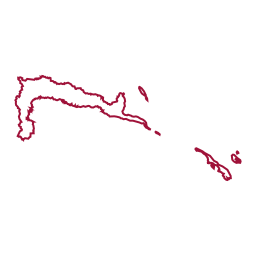 Halmahera Tengah, Maluku Utara, Indonesia (Mercator projection)
{"feature_id": "22746128B46636453933041", "entity_name": "Halmahera Tengah", "entity_type": "district", "adm_level": 2, "iso_a3": "IDN", "parent_name": "Indonesia", "parent_adm1": "Maluku Utara", "projection": "mercator", "projection_center": [128.383, 0.221], "detail": "fine", "context": "isolated", "style": "outline", "palette": "rose", "viewbox_px": 256, "rotation_deg": 0, "n_neighbors": 0, "source": "geoboundaries", "source_scale": "gbopen_adm2", "svg_char_len": 5705}
<svg xmlns="http://www.w3.org/2000/svg" viewBox="0 0 256 256"><path d="M33.6,133.3L33.3,132.2L33.6,132.1L33.6,130.5L33.3,130.3L33.9,128.7L33.3,125.3L32.8,124.8L32.6,125.0L33.1,123.4L32.8,121.9L33.5,121.8L31.1,120.5L29.6,120.3L28.7,119.3L28.5,118.4L28.1,118.4L28.1,119.2L28.5,119.4L28.1,119.9L27.8,119.1L26.6,119.1L26.6,118.5L27.2,119.0L27.7,118.9L27.6,118.6L28.0,118.7L27.4,118.3L27.7,117.9L27.3,117.5L28.0,117.0L27.8,116.5L28.9,114.3L28.6,112.2L29.1,112.8L29.1,111.7L30.2,111.7L29.8,111.5L29.4,111.0L29.4,110.8L29.7,110.5L29.6,111.0L30.0,111.3L30.3,111.2L29.9,110.9L29.9,110.7L30.4,111.0L30.1,110.4L30.6,110.9L31.4,110.6L31.3,111.2L31.8,110.9L31.3,110.2L31.7,110.1L31.6,109.7L30.7,109.4L30.8,109.0L31.3,109.0L30.6,108.8L30.5,108.5L31.2,108.7L30.7,108.2L31.5,108.4L31.8,107.3L32.2,107.3L32.1,106.6L32.5,106.6L31.8,105.4L32.0,104.8L31.1,103.4L31.4,102.4L33.0,100.1L34.2,99.6L34.5,98.9L35.2,99.1L35.7,98.5L37.7,98.6L39.2,96.9L39.6,97.1L40.2,96.7L40.3,98.2L41.3,97.2L41.9,97.7L43.8,97.7L44.6,98.1L45.6,97.6L46.2,98.0L47.7,97.3L50.6,98.4L52.4,97.4L53.6,99.4L55.0,99.3L56.2,100.1L57.4,100.2L59.7,99.1L61.6,99.9L61.8,100.5L62.3,99.9L63.0,99.9L63.7,100.2L63.5,100.9L63.9,101.1L63.5,101.2L63.9,101.8L64.9,101.9L64.4,102.3L64.7,102.7L64.2,102.8L64.3,103.2L66.7,102.9L67.6,104.0L68.9,104.1L69.5,105.1L70.6,105.3L71.1,105.0L71.1,104.0L71.6,103.7L71.9,105.2L72.7,105.7L74.4,106.2L74.9,105.6L74.9,106.3L76.1,106.7L76.5,106.5L76.3,106.9L76.9,107.1L78.5,106.6L80.6,107.1L83.4,106.1L85.4,106.8L88.2,105.9L89.3,106.0L91.3,107.4L93.3,107.5L95.6,106.3L97.3,106.6L97.6,106.2L97.9,106.4L97.6,106.6L98.8,107.6L100.0,107.3L100.8,107.8L101.0,109.2L101.8,109.5L102.2,110.4L102.7,110.4L102.4,110.7L102.7,110.9L102.4,111.1L102.7,111.1L102.7,112.1L103.4,112.2L104.5,113.4L106.7,113.8L107.9,115.1L108.9,115.4L109.6,116.5L114.3,116.3L116.8,116.7L119.9,117.5L120.7,118.3L122.1,118.4L123.5,119.2L126.0,118.9L130.1,120.7L133.0,120.7L139.2,122.4L141.8,123.5L143.5,123.2L144.5,124.4L144.3,125.0L144.7,125.9L146.2,127.7L147.6,128.2L148.7,129.2L150.7,129.6L147.4,127.2L146.5,125.7L146.1,122.7L144.7,121.0L142.7,119.5L140.6,118.7L137.7,116.9L135.9,116.4L133.9,116.7L132.1,116.4L131.4,115.8L128.1,114.7L127.2,115.3L124.7,114.8L123.0,113.4L122.4,111.3L123.6,109.5L124.0,107.5L124.9,106.2L124.3,102.9L125.1,101.4L124.7,98.8L124.0,97.3L122.7,95.9L122.7,95.2L123.7,94.6L124.0,94.0L123.6,93.4L122.6,94.0L120.6,93.1L119.8,93.3L119.2,94.3L119.1,95.6L118.5,96.4L117.6,96.5L117.9,97.3L116.7,98.5L116.8,99.9L117.3,100.8L117.0,101.5L112.3,102.6L111.8,104.1L110.0,104.8L109.6,104.0L107.9,104.1L107.3,102.9L106.5,102.9L105.4,101.9L103.7,101.6L103.6,100.7L102.9,100.1L103.1,97.5L102.2,97.0L101.3,98.0L101.3,96.6L100.6,95.9L98.7,95.3L97.8,95.8L97.3,94.9L95.2,94.2L93.9,94.5L91.5,94.1L91.0,94.5L90.6,93.7L88.6,93.9L87.1,93.2L85.7,93.5L83.7,92.0L83.2,90.3L82.1,90.0L80.9,89.1L80.7,88.2L77.0,88.3L76.2,89.0L75.5,88.9L74.5,86.4L72.9,86.4L71.8,85.5L71.2,84.4L68.1,82.7L65.1,83.5L64.7,83.2L64.3,84.0L63.5,83.7L63.0,84.1L62.2,84.0L61.1,83.4L59.1,84.1L57.3,83.5L56.9,83.9L55.5,82.2L54.9,82.0L54.3,82.5L53.0,81.1L50.8,80.9L50.5,78.0L49.7,77.7L48.3,78.3L47.6,77.5L47.1,77.8L45.9,77.6L45.1,76.8L44.1,76.9L43.1,76.1L42.4,76.0L42.4,76.5L41.6,76.8L40.9,76.7L41.3,77.4L40.3,78.3L39.5,78.2L38.7,78.9L38.3,78.5L37.7,78.9L37.3,78.6L37.2,79.2L36.8,79.4L35.3,78.6L34.4,79.8L27.1,78.9L25.5,80.7L22.6,80.1L22.1,79.2L22.3,78.2L21.1,77.6L20.1,77.3L19.4,77.9L18.2,77.7L18.3,79.3L20.3,81.1L20.3,83.1L21.6,83.8L22.9,86.1L21.8,86.7L21.6,87.5L22.2,89.7L21.0,90.3L19.9,91.6L20.6,92.6L19.5,93.8L19.8,95.9L19.1,97.0L18.3,96.3L17.3,96.1L16.7,96.5L16.2,97.6L16.7,98.6L15.4,100.2L16.0,101.4L15.8,103.1L16.1,105.1L17.9,107.0L17.9,108.1L18.9,108.4L19.9,109.8L19.3,110.5L19.2,111.2L20.0,113.8L18.9,116.5L19.5,119.0L21.4,121.9L20.5,122.2L20.0,123.8L18.8,124.7L19.3,126.1L20.8,126.9L20.6,128.0L21.9,129.4L21.7,130.4L20.2,131.0L19.7,131.7L17.7,136.1L18.9,136.8L19.2,136.4L20.1,136.5L20.9,137.1L22.0,139.4L22.3,139.3L23.2,140.0L23.3,139.0L23.8,139.1L25.0,138.2L28.3,138.7L29.5,137.2L30.4,136.8L30.6,133.4L33.6,133.3ZM202.5,151.3L196.4,148.3L195.6,148.6L195.5,149.3L196.6,150.8L197.6,150.7L201.6,151.7L203.7,153.7L205.5,154.8L207.8,158.0L207.7,158.7L208.1,159.4L207.8,160.6L208.5,161.6L207.8,162.3L207.9,163.1L209.0,163.3L210.2,162.8L211.7,162.9L213.1,163.4L214.5,164.8L217.1,165.3L217.3,166.1L218.7,167.5L219.4,169.2L218.8,169.6L218.2,171.0L219.0,171.5L219.5,171.1L220.1,171.3L220.4,171.9L221.5,172.3L222.2,173.2L223.8,173.7L222.8,175.4L223.4,176.4L224.2,176.6L224.4,178.2L226.3,179.8L227.4,180.0L227.9,179.4L227.5,178.1L229.5,179.7L229.0,178.5L229.2,178.0L230.8,178.1L230.6,175.8L227.4,169.8L222.5,166.4L218.6,164.7L217.1,162.4L214.0,160.8L210.1,155.9L204.6,152.9L202.5,151.3ZM237.4,158.1L234.2,154.9L233.0,154.6L231.8,155.6L232.3,159.7L233.7,161.3L235.6,162.5L236.8,162.9L237.4,162.7L236.1,162.2L236.9,162.2L236.6,161.3L238.0,161.0L235.6,159.2L236.1,158.6L236.9,158.9L236.8,158.1L237.6,159.3L237.1,159.1L237.0,159.6L237.4,159.5L237.5,160.1L239.3,161.4L239.4,162.2L238.6,162.4L238.8,162.7L240.2,162.8L240.6,161.4L240.2,160.1L237.4,158.1ZM139.6,86.9L139.2,87.1L139.1,88.3L141.2,92.5L142.0,93.6L145.2,95.9L145.7,95.9L145.8,95.1L144.0,91.4L141.7,88.4L139.6,86.9ZM213.1,164.9L212.4,163.7L211.5,164.5L211.2,165.3L211.8,166.6L213.8,168.5L214.2,166.3L213.3,164.8L213.6,165.5L213.1,166.5L212.6,166.5L212.5,165.9L212.9,165.9L213.1,164.9ZM155.1,131.4L156.4,133.2L157.8,133.3L157.1,133.6L158.0,133.6L159.6,134.7L159.7,134.3L158.0,132.8L155.1,131.4ZM146.4,97.2L145.8,97.9L146.3,99.3L147.3,100.2L147.1,98.4L146.4,97.2ZM237.2,153.6L238.4,153.0L238.1,152.2L237.2,151.5L236.7,152.2L237.2,153.6ZM63.5,101.9L63.3,101.3L62.7,101.1L62.9,101.8L63.1,101.6L63.5,101.9Z" fill="none" stroke="#9f1239" stroke-width="2"/></svg>